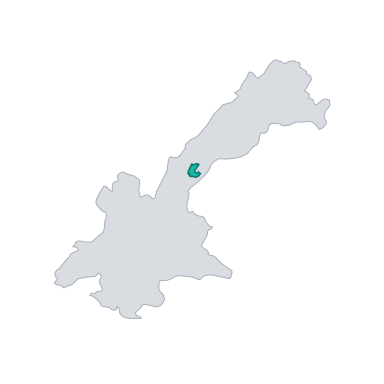 location of Khounkham, Khammouan, Laos, rotated 260°
{"feature_id": "54806243B26229872021267", "entity_name": "Khounkham", "entity_type": "district", "adm_level": 2, "iso_a3": "LAO", "parent_name": "Laos", "parent_adm1": "Khammouan", "projection": "robinson", "projection_center": [104.542, 18.055], "detail": "fine", "context": "in_parent", "style": "filled", "palette": "teal", "viewbox_px": 384, "rotation_deg": 260, "n_neighbors": 0, "source": "geoboundaries", "source_scale": "gbopen_adm2", "svg_char_len": 5407}
<svg xmlns="http://www.w3.org/2000/svg" viewBox="0 0 384 384"><g transform="rotate(260 192 192)"><path d="M138.2,44.9L139.9,48.3L147.8,57.3L149.1,59.8L152.0,61.7L154.4,69.7L155.4,70.2L156.7,69.6L157.7,68.5L158.6,65.4L159.1,65.1L160.0,67.6L162.2,68.4L163.2,69.5L163.5,71.5L163.1,73.5L161.3,78.0L160.1,84.2L167.8,97.4L171.1,99.2L178.8,101.3L184.0,104.2L186.5,103.5L188.8,100.3L191.6,98.4L196.8,95.6L198.3,95.5L201.2,96.6L205.9,99.9L213.0,106.0L212.8,107.6L211.5,109.2L207.6,111.7L206.4,113.3L207.2,113.8L210.3,114.2L214.1,115.6L215.2,117.2L215.9,120.9L216.5,121.6L220.0,121.2L221.1,121.7L222.3,122.9L223.6,125.9L223.5,128.2L220.1,132.2L219.7,134.6L217.9,137.5L213.1,142.3L211.9,142.5L203.1,139.9L196.1,140.3L195.6,141.3L196.7,144.2L197.1,147.1L196.0,149.3L192.0,152.1L191.8,153.3L192.6,154.6L198.5,157.2L217.1,171.0L225.6,173.7L229.3,175.4L230.3,176.4L230.2,177.6L229.3,179.1L228.5,181.8L228.4,183.5L229.3,185.1L230.8,187.4L236.0,192.7L239.9,193.9L243.9,199.9L245.1,205.2L247.0,208.6L256.7,220.0L264.8,227.0L269.7,234.5L272.0,236.2L272.7,239.0L273.4,246.9L276.2,250.9L276.8,252.5L278.0,253.7L279.4,253.9L282.2,251.3L282.8,251.7L284.1,255.9L285.2,257.4L289.5,260.0L294.1,265.1L296.5,266.9L299.6,268.4L300.1,269.9L299.5,271.6L298.5,272.6L293.3,275.6L292.6,276.8L296.1,283.3L304.9,291.3L307.6,296.1L307.1,298.4L304.7,303.1L302.8,304.4L302.4,305.8L303.7,309.7L303.6,315.5L301.9,316.9L300.4,320.5L299.3,320.8L296.6,319.5L291.0,325.7L288.5,325.4L285.7,328.9L282.0,329.3L279.5,326.7L274.1,322.6L272.2,320.0L270.5,322.2L267.7,324.4L263.7,323.6L262.6,326.7L261.8,327.3L257.0,327.8L256.1,328.3L256.9,331.1L259.7,335.9L260.6,338.7L258.8,343.2L253.8,343.1L251.5,341.2L248.7,337.4L242.3,334.9L238.0,336.6L236.7,336.5L233.5,333.3L232.3,331.2L231.5,328.2L236.4,325.7L238.9,323.8L240.5,321.7L241.2,319.6L242.0,310.7L242.7,307.5L242.3,303.7L241.0,300.6L241.0,296.1L241.7,292.4L243.5,290.6L244.8,287.9L245.6,282.0L245.0,280.5L243.2,279.0L240.1,277.6L238.1,275.9L237.3,273.8L237.4,271.9L238.4,270.3L236.0,268.5L230.4,266.6L227.3,264.2L226.6,261.5L224.3,257.9L220.3,253.4L218.2,247.0L217.9,238.7L218.4,231.9L220.2,224.0L217.8,218.3L215.2,215.3L211.7,213.1L208.2,210.0L205.0,205.8L201.1,199.8L196.6,191.7L193.6,188.1L192.0,188.9L188.7,188.2L183.8,185.9L179.4,184.6L175.7,184.4L173.3,184.9L172.2,186.2L172.1,187.4L173.0,188.6L172.5,189.5L170.6,190.2L169.0,191.5L167.2,194.5L166.0,198.3L164.1,199.8L161.3,200.2L158.5,201.3L155.7,203.1L154.4,204.6L154.6,205.5L154.0,205.8L152.6,205.2L152.0,203.9L152.1,201.9L150.7,200.6L147.8,199.9L144.5,197.7L138.3,192.2L136.9,191.9L134.8,193.4L132.1,196.5L129.9,197.7L128.2,197.1L126.8,198.2L125.9,201.0L124.1,203.2L115.7,209.3L108.1,217.0L106.2,217.7L101.6,215.5L100.1,214.0L106.5,198.2L107.5,194.3L107.3,189.2L104.6,185.0L104.5,183.8L105.0,182.5L108.2,177.5L112.0,164.9L111.8,160.9L110.2,156.6L109.3,152.5L110.0,146.9L109.8,144.7L108.0,143.7L102.3,142.5L99.0,143.4L97.4,145.0L95.4,145.9L91.8,146.5L88.4,144.6L85.6,141.4L84.9,137.4L88.5,128.9L89.4,125.7L89.3,124.1L88.7,122.5L87.9,122.3L86.0,120.3L84.3,116.8L82.6,115.2L81.0,115.5L79.5,116.8L77.1,120.2L76.4,119.7L78.5,108.0L80.6,103.1L82.9,100.8L85.4,99.8L88.1,100.1L90.3,99.7L92.0,98.5L91.9,97.8L89.8,97.6L89.0,96.3L89.4,93.8L90.3,92.2L91.8,91.5L93.2,89.0L94.6,84.7L96.2,82.5L98.1,82.5L101.4,80.6L106.1,77.0L107.9,73.5L109.7,75.1L109.0,79.2L109.9,80.0L110.4,81.5L110.1,83.7L110.5,85.7L111.2,86.6L112.2,87.1L117.2,85.4L120.2,85.3L125.1,88.3L128.1,86.1L128.1,85.2L125.7,82.4L126.5,72.2L126.2,64.4L122.2,58.7L121.3,56.3L120.9,52.6L119.8,49.3L122.7,46.7L124.3,42.0L126.4,40.8L127.0,41.0L129.5,44.6L132.7,42.8L135.1,42.8L137.1,43.8L138.2,44.9Z" fill="#d9dde1" stroke="#a8b0b8" stroke-width="1"/><path d="M219.0,202.1L219.0,200.8L218.9,199.3L218.8,198.9L218.5,198.3L218.5,197.3L218.5,197.2L219.4,197.0L219.5,196.9L219.6,196.7L219.4,196.5L219.3,196.4L219.2,196.4L219.1,196.2L218.9,196.1L218.7,196.0L218.6,195.9L218.5,195.7L218.4,195.7L218.2,195.7L217.8,195.5L217.7,195.5L217.6,195.4L217.4,195.2L217.2,194.9L216.9,194.8L216.8,194.7L216.7,194.6L216.3,194.3L216.1,194.1L215.9,193.9L215.8,193.7L215.6,193.7L215.4,193.7L215.2,193.6L214.9,193.4L214.7,193.2L214.4,193.1L214.2,192.9L214.0,192.7L213.7,192.5L213.5,192.4L213.4,192.2L213.2,192.2L212.9,192.0L212.7,192.0L212.6,191.9L212.4,191.8L212.2,191.7L211.9,191.5L211.8,191.4L211.7,191.3L211.3,191.3L211.2,191.3L210.9,191.3L210.7,191.4L210.5,191.5L210.5,191.8L210.6,192.0L210.4,192.2L210.3,192.3L210.2,192.3L209.9,192.3L209.7,192.3L209.6,192.2L209.4,192.3L209.3,192.5L209.2,192.5L209.2,192.4L208.9,192.4L208.9,192.5L208.8,192.4L208.7,192.4L208.4,192.3L208.1,192.5L207.9,192.7L207.8,192.8L207.7,193.0L207.5,193.3L207.5,193.5L207.4,193.7L207.4,194.0L207.4,194.3L207.4,194.6L207.4,194.8L207.3,195.0L207.3,195.3L207.2,195.4L207.1,195.7L207.0,195.8L207.0,196.0L206.9,196.3L206.8,196.5L206.6,196.9L206.4,197.1L206.1,197.6L205.8,198.2L205.9,198.5L206.0,198.8L206.1,199.2L206.2,199.4L206.2,199.6L206.3,200.0L206.4,200.3L206.4,200.5L206.4,200.8L206.9,201.6L207.0,201.8L207.2,202.0L207.3,202.1L207.5,202.2L207.6,202.3L207.8,202.4L208.3,203.0L208.4,203.3L208.5,203.5L208.6,203.4L208.8,203.3L209.3,202.7L210.3,202.1L210.2,202.1L210.0,201.5L209.9,201.4L210.0,200.7L210.1,200.1L210.1,199.9L210.2,199.7L210.3,199.6L210.4,199.3L211.5,198.2L212.5,198.4L212.7,198.5L212.8,198.5L213.3,199.0L213.7,199.3L214.7,200.6L216.5,202.0L217.2,203.3L218.1,203.4L219.0,202.1Z" fill="#14b8a6" stroke="#0f766e" stroke-width="1.5"/></g></svg>